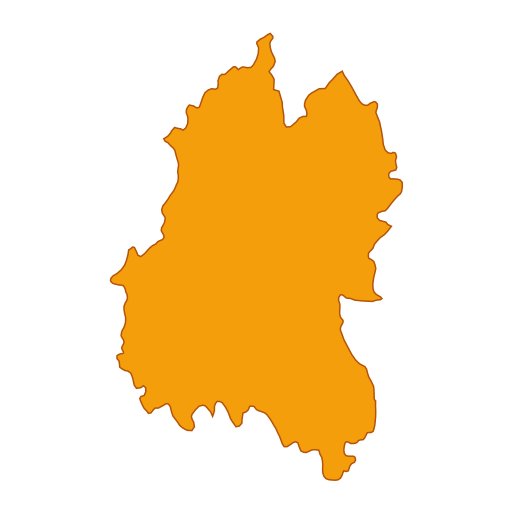 Rechytsa, Gomel, Belarus (Equal Earth projection), rotated 271°
{"feature_id": "67162791B36955231142498", "entity_name": "Rechytsa", "entity_type": "district", "adm_level": 2, "iso_a3": "BLR", "parent_name": "Belarus", "parent_adm1": "Gomel", "projection": "equal_earth", "projection_center": [30.22, 52.327], "detail": "fine", "context": "isolated", "style": "filled", "palette": "amber", "viewbox_px": 512, "rotation_deg": 271, "n_neighbors": 0, "source": "geoboundaries", "source_scale": "gbopen_adm2", "svg_char_len": 6018}
<svg xmlns="http://www.w3.org/2000/svg" viewBox="0 0 512 512"><g transform="rotate(271 256 256)"><path d="M142.5,121.7L141.1,123.5L139.3,126.8L138.7,130.0L136.6,132.9L131.8,134.9L128.1,135.7L124.8,136.5L121.6,138.8L122.4,143.3L124.3,145.7L122.4,148.0L118.4,148.2L114.7,146.7L113.4,143.3L111.5,142.3L109.1,143.1L104.8,145.1L101.9,146.7L98.9,149.6L96.8,151.2L97.3,153.7L100.2,155.9L102.1,157.6L102.3,161.1L104.2,164.6L106.8,168.8L106.5,171.0L104.0,172.9L100.8,173.7L96.8,174.9L94.5,175.8L92.1,177.7L90.9,178.6L88.4,180.6L85.3,182.6L82.8,185.8L81.1,188.9L80.5,190.4L80.3,194.9L84.1,197.4L88.7,196.6L91.5,195.0L94.5,194.2L96.5,194.8L99.1,196.6L101.2,198.2L104.9,201.7L105.9,205.6L105.2,208.0L103.4,209.8L101.4,211.5L99.6,213.3L94.9,215.4L97.6,216.3L100.5,217.1L105.1,217.1L107.9,218.1L109.9,219.6L109.9,222.1L108.9,224.7L104.2,228.2L99.1,231.0L93.1,233.3L89.9,235.3L87.1,237.4L84.9,239.0L85.7,242.3L88.6,244.8L91.9,244.8L98.7,245.7L100.1,249.0L102.1,251.0L105.6,252.3L105.9,254.8L105.4,256.8L102.6,259.0L101.6,260.7L100.6,264.0L99.4,267.3L97.5,269.8L93.0,273.2L89.9,275.1L86.3,277.3L83.8,278.9L79.5,280.9L75.9,282.8L71.8,284.4L68.7,285.6L65.9,287.4L65.9,290.4L67.6,293.0L70.0,296.3L71.0,298.9L69.8,301.2L65.7,302.6L61.9,304.2L60.6,307.1L60.4,309.6L61.7,312.5L63.1,315.3L63.4,318.6L62.9,322.2L58.6,323.6L55.9,325.2L51.9,326.1L47.8,326.4L43.4,326.3L39.8,326.7L36.7,327.9L34.6,329.9L33.6,332.8L33.4,335.3L33.2,339.0L33.6,341.8L35.4,344.4L38.5,346.0L40.9,346.7L42.8,347.5L42.1,349.7L42.8,352.1L45.3,352.8L47.7,353.5L50.1,355.3L51.5,358.1L53.7,359.1L56.5,358.5L57.5,356.9L57.5,351.7L58.0,349.4L60.3,347.7L63.7,347.2L66.8,347.5L70.6,348.3L71.9,349.7L71.4,352.0L70.2,353.8L70.2,356.2L70.5,358.5L71.4,360.2L73.4,361.9L74.1,364.3L74.1,366.1L75.6,367.6L78.6,369.1L81.3,370.4L81.5,372.5L81.5,374.1L82.7,376.1L84.9,376.9L88.8,377.7L93.1,378.1L97.7,378.4L103.4,378.4L108.5,378.1L113.2,378.1L113.3,377.7L115.2,376.7L120.1,376.5L124.9,376.2L127.7,375.8L129.9,374.8L132.5,373.5L134.4,372.4L137.1,370.8L140.7,369.6L144.8,368.5L147.3,366.8L149.2,363.0L150.0,361.5L151.7,359.5L154.0,357.2L159.1,353.5L166.3,349.5L173.8,345.4L180.1,343.0L182.9,341.8L184.9,341.6L187.6,342.3L190.5,343.9L192.4,344.3L193.6,343.8L194.9,342.6L196.1,341.7L197.8,341.0L200.4,340.6L204.7,340.7L207.1,340.8L209.5,340.6L212.3,339.6L214.1,339.3L216.3,339.5L218.6,341.1L218.8,342.8L217.5,344.7L215.8,346.7L215.4,348.2L215.2,351.2L213.6,355.5L213.0,362.4L212.6,373.1L214.0,377.2L214.4,381.0L215.6,382.7L217.2,381.3L219.2,377.7L220.5,376.0L222.6,374.4L225.5,373.6L229.2,373.3L231.3,373.4L235.9,374.0L237.9,374.3L240.6,375.0L245.6,376.0L249.7,375.0L252.7,373.8L254.8,370.8L255.5,369.0L257.4,368.3L260.6,368.4L262.4,369.6L264.0,371.3L266.0,372.9L269.8,374.2L272.5,376.3L276.5,379.8L279.6,384.0L283.1,387.2L288.1,390.9L289.7,387.3L292.1,385.3L293.0,381.8L293.7,379.0L296.2,376.6L299.3,376.4L301.3,377.4L302.9,381.3L303.4,384.2L305.6,386.5L310.6,390.1L314.4,393.1L317.8,396.0L320.5,399.0L322.9,400.4L327.6,401.1L332.1,400.9L334.6,398.7L335.3,396.0L335.5,392.4L335.5,388.9L337.5,387.5L340.4,387.2L343.1,389.3L343.6,391.5L344.5,394.3L347.0,395.2L351.2,394.1L353.9,393.8L357.7,394.8L361.3,393.6L362.0,391.3L360.9,389.3L361.5,386.3L364.2,383.3L369.8,381.3L375.7,380.6L383.5,379.2L388.7,378.0L392.5,377.1L395.7,375.7L398.6,374.5L401.7,373.3L404.3,373.9L405.9,374.6L408.5,374.8L410.2,374.6L412.1,372.9L412.4,371.2L411.6,369.6L410.6,367.3L408.7,365.1L408.6,362.3L410.0,359.3L412.2,357.2L414.6,355.6L419.8,352.6L426.4,348.9L433.1,344.7L438.0,341.1L442.3,339.0L442.2,338.9L439.2,334.0L433.6,329.2L430.7,326.3L424.7,322.3L424.3,316.2L419.8,308.5L417.6,305.9L412.7,302.8L409.0,301.9L406.4,301.9L402.3,303.9L399.0,304.5L396.4,303.9L396.4,300.5L394.5,296.7L390.8,293.9L385.9,288.4L385.5,284.1L389.3,281.6L397.1,281.3L405.6,279.8L409.7,279.6L418.2,277.0L421.2,276.1L422.7,270.7L430.1,271.0L433.1,271.0L437.5,268.4L440.5,265.8L443.5,267.8L445.3,269.5L446.8,270.4L450.9,271.8L454.3,271.0L456.5,269.8L460.6,267.8L464.3,266.7L468.7,266.1L471.4,267.0L474.0,269.0L475.8,269.0L478.8,266.4L477.7,264.1L474.7,260.1L472.8,256.4L470.2,253.3L468.7,253.0L466.8,253.8L464.2,255.0L458.3,254.7L452.7,253.0L447.1,250.1L444.5,247.8L444.1,244.1L444.7,240.7L444.7,238.9L443.2,236.4L442.0,235.0L443.5,233.7L444.9,231.9L444.7,230.0L442.3,227.4L440.4,225.2L438.0,222.9L436.9,221.2L437.1,218.8L435.1,216.4L430.4,214.9L427.8,215.3L423.4,214.7L422.0,212.6L422.3,210.8L422.4,208.4L420.9,205.0L418.3,202.1L415.4,200.8L413.4,199.9L408.6,198.4L404.1,196.9L403.1,195.2L403.5,193.1L404.9,191.1L405.8,186.7L403.4,184.9L401.2,183.9L397.9,183.8L395.3,184.9L392.4,185.6L387.2,185.4L382.7,183.5L380.5,180.8L381.8,178.7L382.3,175.2L383.1,172.4L379.7,169.5L377.5,168.4L374.1,165.6L371.6,161.7L369.0,163.3L367.8,165.9L364.5,169.0L362.7,171.2L360.4,172.9L354.8,174.5L351.5,175.5L347.9,176.7L345.5,177.0L341.2,176.5L338.7,176.2L335.2,176.9L331.1,176.9L328.4,176.4L326.2,175.3L323.5,174.3L320.1,172.8L318.1,171.4L314.8,169.0L311.4,167.1L306.9,164.0L304.7,162.1L300.7,160.9L297.5,161.5L295.1,163.0L293.1,164.4L291.5,164.5L287.5,163.8L285.9,163.0L282.5,161.1L279.8,160.8L277.6,162.0L275.4,163.3L272.9,163.8L270.7,162.1L270.0,160.3L268.7,157.7L266.2,155.5L264.6,152.4L262.6,150.0L259.5,147.2L257.2,145.4L255.2,143.1L253.4,140.8L254.8,137.8L258.1,136.5L260.4,135.3L262.4,134.3L262.8,132.5L261.0,130.5L259.9,128.6L255.9,128.1L252.3,127.3L249.2,126.5L244.8,124.9L242.2,123.2L239.4,121.2L238.1,119.5L236.7,118.2L234.8,115.4L233.8,113.6L231.3,111.4L229.1,110.9L227.4,111.7L226.1,113.5L225.5,115.4L224.6,119.7L224.6,121.8L223.8,124.2L220.9,125.7L217.2,126.7L215.2,127.8L211.6,128.2L208.9,127.4L207.0,126.2L203.4,124.9L201.1,124.9L198.1,125.3L195.8,125.8L192.5,126.7L189.7,126.8L186.8,126.6L184.2,125.9L181.7,125.0L179.8,123.8L177.7,123.0L174.2,122.5L172.8,123.0L171.2,124.1L169.7,125.0L168.0,125.5L166.5,125.4L164.6,124.5L163.5,123.8L161.7,123.3L160.1,123.8L157.8,125.1L156.8,125.2L156.0,124.2L156.0,122.8L155.2,120.7L154.0,118.8L151.0,118.8L148.6,120.9L146.0,121.3L142.5,121.7Z" fill="#f59e0b" stroke="#b45309" stroke-width="1.5"/></g></svg>